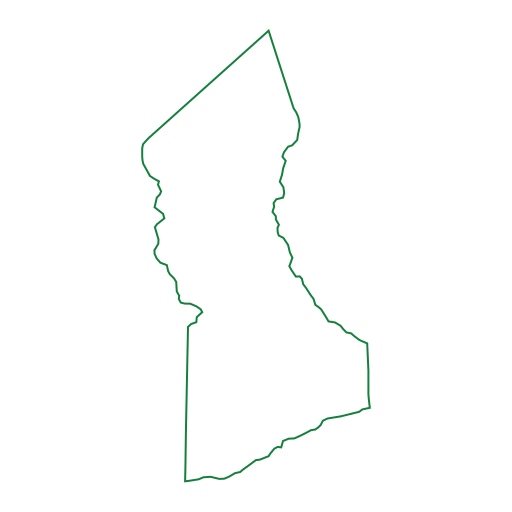 outline of Orocó, Pernambuco, Brazil
{"feature_id": "56859067B75752294715592", "entity_name": "Orocó", "entity_type": "district", "adm_level": 2, "iso_a3": "BRA", "parent_name": "Brazil", "parent_adm1": "Pernambuco", "projection": "mercator", "projection_center": [-39.584, -8.455], "detail": "fine", "context": "isolated", "style": "outline", "palette": "green", "viewbox_px": 512, "rotation_deg": 0, "n_neighbors": 0, "source": "geoboundaries", "source_scale": "gbopen_adm2", "svg_char_len": 1817}
<svg xmlns="http://www.w3.org/2000/svg" viewBox="0 0 512 512"><path d="M268.6,30.7L148.8,137.9L145.9,141.0L143.0,144.3L142.2,148.4L142.2,156.5L142.5,160.3L143.2,163.7L150.0,176.0L154.4,178.9L158.9,181.3L158.0,184.7L161.1,191.3L159.9,194.4L156.8,197.6L154.6,207.3L163.1,213.9L164.3,218.4L156.9,224.3L154.9,227.2L158.5,239.5L158.3,243.8L154.4,250.3L154.6,253.8L156.6,258.3L160.4,262.7L166.8,265.1L168.2,271.3L169.9,274.3L173.9,278.2L176.2,281.9L176.8,291.6L179.2,295.7L178.8,299.0L180.8,302.6L184.9,303.6L190.2,303.7L196.3,306.3L200.7,309.3L202.2,312.2L196.8,317.1L196.3,322.2L191.2,324.0L188.0,326.9L185.9,432.4L185.5,461.4L185.3,472.9L185.1,481.3L188.6,480.9L198.7,479.3L203.3,477.3L210.6,476.8L219.3,478.9L224.2,478.7L229.0,476.7L234.9,473.2L240.2,472.0L242.8,469.7L246.7,466.9L255.9,460.1L259.6,459.7L268.6,456.2L270.4,453.4L274.4,448.6L277.7,446.9L281.2,447.4L283.0,441.0L288.7,438.7L294.4,438.4L299.7,436.0L305.8,433.0L311.0,430.2L315.3,429.5L318.0,427.6L320.7,425.0L322.8,420.8L327.5,418.5L340.5,416.4L359.2,411.8L362.4,409.4L369.8,407.8L368.7,398.1L368.4,393.9L368.4,386.6L368.4,370.5L367.2,343.4L359.6,340.1L354.5,336.3L351.2,333.4L346.4,332.4L343.2,329.1L340.5,325.7L334.9,322.4L328.5,321.4L326.3,317.5L321.1,309.3L318.7,307.2L315.3,304.8L313.6,299.0L310.6,295.0L305.8,287.6L303.2,284.2L301.9,278.7L299.7,276.4L295.9,276.6L291.7,270.4L289.3,266.2L290.6,262.9L292.4,257.7L289.9,252.5L288.1,245.0L283.4,237.9L278.7,235.5L277.7,232.0L277.5,227.9L278.9,224.8L275.9,219.5L275.8,216.2L272.5,211.9L274.1,206.8L273.6,203.1L276.3,199.3L283.0,197.6L284.2,193.3L283.4,187.3L279.8,181.7L282.0,174.8L283.2,168.2L285.7,160.8L282.4,156.7L284.0,152.2L288.1,146.7L292.2,145.3L297.2,140.0L298.1,133.7L299.6,126.9L299.5,123.5L298.3,117.1L296.2,112.3L293.6,108.3L268.6,30.7Z" fill="none" stroke="#15803d" stroke-width="2"/></svg>